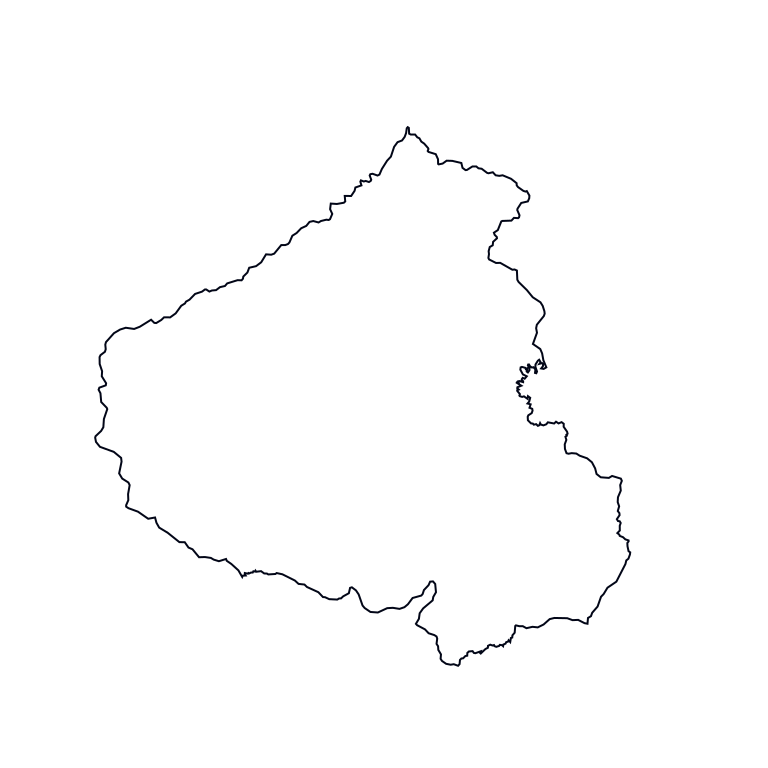 Thung Chang, Nan, Thailand, rotated 15°
{"feature_id": "78962969B15263035639364", "entity_name": "Thung Chang", "entity_type": "district", "adm_level": 2, "iso_a3": "THA", "parent_name": "Thailand", "parent_adm1": "Nan", "projection": "orthographic", "projection_center": [100.958, 19.488], "detail": "fine", "context": "isolated", "style": "outline", "palette": "ink", "viewbox_px": 768, "rotation_deg": 15, "n_neighbors": 0, "source": "geoboundaries", "source_scale": "gbopen_adm2", "svg_char_len": 6165}
<svg xmlns="http://www.w3.org/2000/svg" viewBox="0 0 768 768"><g transform="rotate(15 384 384)"><path d="M472.0,160.7L470.9,161.5L468.7,161.4L462.5,159.1L460.8,157.8L460.1,155.7L453.6,152.9L444.6,151.7L441.5,153.1L437.8,153.5L434.3,151.3L430.4,153.4L429.0,153.4L422.6,150.8L419.4,151.2L416.9,150.0L413.1,151.0L408.7,155.8L407.4,156.3L403.9,154.9L401.5,150.5L392.2,150.8L386.7,152.1L383.6,155.9L380.0,157.7L379.3,157.4L378.0,152.9L374.5,148.6L366.9,148.3L365.9,147.6L366.1,145.5L365.5,144.7L360.6,141.4L357.3,140.2L354.6,137.5L352.3,137.1L349.5,135.0L345.2,136.1L343.5,135.7L341.7,130.2L340.4,129.8L339.8,131.1L340.4,135.9L340.0,140.0L338.4,144.1L334.5,146.9L332.4,152.3L331.8,162.6L329.2,167.5L326.3,176.8L325.4,182.9L323.8,184.3L318.5,183.9L316.5,184.9L316.2,186.3L318.8,190.0L318.6,191.3L317.2,192.8L313.8,192.6L312.1,193.6L309.0,193.3L308.8,194.7L310.8,198.0L305.5,201.6L305.6,205.0L303.6,210.9L297.4,212.5L299.3,217.7L298.3,219.3L291.9,222.3L285.9,223.5L286.7,229.1L290.0,233.1L289.2,238.8L288.1,239.9L285.8,240.2L280.9,242.9L279.0,244.9L273.5,244.9L270.1,246.7L268.0,251.4L263.7,255.0L260.5,260.8L257.1,264.5L256.0,271.8L255.0,273.7L252.6,275.4L248.8,276.4L244.2,286.5L241.6,288.3L236.5,289.3L233.9,298.2L229.9,303.3L223.7,306.6L223.2,311.7L220.3,316.6L220.5,318.8L219.6,320.7L215.7,321.6L206.5,327.4L205.0,330.5L200.5,332.9L197.5,336.8L193.6,338.2L191.4,339.9L187.8,338.7L186.6,339.0L184.3,341.9L178.2,345.9L174.3,352.9L171.4,355.7L170.9,357.7L167.9,360.9L164.5,369.7L160.2,375.0L154.3,376.5L152.3,379.8L148.2,384.1L146.3,384.4L142.4,382.2L133.3,391.9L128.4,395.5L120.0,396.5L115.0,399.7L110.0,404.8L104.6,415.5L104.6,418.1L106.2,422.4L106.1,425.1L102.7,429.5L102.3,431.6L104.2,438.3L108.4,444.6L109.4,449.6L115.4,455.2L115.6,457.3L110.0,461.2L109.8,463.4L112.5,466.3L115.5,474.6L122.3,478.7L123.2,479.9L122.5,490.3L124.1,498.4L122.9,502.6L118.9,509.1L118.9,510.6L120.8,514.5L125.9,518.2L140.6,519.5L149.2,523.4L150.6,526.9L151.3,538.9L155.6,543.1L162.6,545.3L164.5,547.5L165.3,556.6L167.1,562.4L166.3,567.8L166.7,569.2L169.3,570.1L179.4,571.0L191.1,575.2L197.4,572.2L200.1,576.9L204.0,580.9L213.6,583.7L227.3,589.7L232.5,588.4L237.5,592.6L241.8,593.2L250.2,599.2L255.8,597.5L261.8,596.8L264.9,597.7L270.4,597.9L276.7,593.9L277.9,595.5L283.0,597.3L291.6,601.7L297.0,607.1L297.2,605.7L299.9,604.8L298.7,603.7L298.5,602.6L301.2,602.5L301.9,601.7L302.5,602.1L304.4,600.5L306.0,600.1L306.3,598.7L308.1,598.5L308.2,597.6L309.2,598.4L313.7,596.6L317.3,598.0L320.0,597.4L321.5,597.9L328.3,595.6L329.2,594.4L335.1,594.1L348.8,596.9L353.2,599.2L359.1,598.3L362.1,600.0L374.5,602.1L380.2,605.6L382.2,605.2L386.8,606.0L394.7,604.3L396.1,602.8L398.0,602.2L399.5,599.7L404.2,595.2L404.0,589.7L405.6,588.7L410.3,590.6L414.0,593.8L420.6,603.5L423.3,605.4L429.9,607.7L437.2,606.3L445.1,599.7L450.5,597.9L457.2,597.2L461.5,594.3L464.1,590.6L467.0,583.3L474.8,578.7L475.7,576.8L475.9,572.7L479.1,566.8L479.7,563.0L482.4,562.0L485.2,563.9L488.1,571.7L486.7,576.9L487.0,580.4L479.9,590.6L477.8,596.2L478.5,601.8L476.9,607.4L478.4,608.4L487.1,610.4L491.6,613.2L497.6,613.5L500.1,614.3L501.3,616.2L502.0,621.4L504.1,623.3L505.3,626.8L509.0,630.4L509.8,634.8L511.7,636.5L516.4,638.2L521.1,637.9L523.9,636.6L528.5,637.0L529.5,635.0L528.8,630.9L529.8,629.1L531.4,628.5L533.0,625.7L534.7,624.9L534.1,622.2L535.2,620.4L538.7,619.1L540.4,620.5L541.9,620.4L546.4,617.3L546.1,618.7L547.2,619.3L550.6,613.7L552.6,611.9L552.2,610.0L554.1,608.3L556.5,608.5L557.8,607.7L558.5,608.6L560.5,608.8L563.0,607.2L563.4,606.0L565.6,605.7L566.9,606.4L566.8,604.7L568.6,603.3L568.8,601.8L570.5,600.7L570.7,599.3L572.7,600.6L572.3,596.5L573.5,595.7L573.1,593.5L574.6,590.4L573.4,583.8L573.9,583.0L577.6,582.9L580.7,582.0L584.8,583.0L590.3,580.1L595.5,579.3L600.4,575.0L604.9,568.2L609.1,565.9L621.6,562.8L627.2,563.3L632.6,561.6L639.6,563.1L642.6,562.9L641.6,557.2L644.0,554.7L644.3,551.1L647.9,543.7L648.7,533.3L650.5,530.1L652.6,522.9L659.6,514.8L663.8,495.4L663.7,491.7L665.3,489.5L665.7,485.1L665.4,482.9L663.5,482.2L661.2,477.7L660.2,474.6L661.0,472.7L660.7,471.8L657.3,471.6L654.5,470.1L651.0,469.7L650.3,468.6L648.0,467.6L649.7,464.5L648.4,459.9L648.6,457.0L647.2,455.6L645.5,455.8L643.9,454.3L645.5,449.7L644.8,447.8L642.7,446.2L642.8,441.3L640.3,437.6L639.3,432.8L640.3,425.7L638.3,420.5L638.8,416.0L637.3,414.1L628.1,413.8L625.5,416.5L617.5,418.0L612.6,415.9L609.8,410.9L605.1,405.8L599.4,403.2L591.5,402.6L587.8,401.4L583.2,402.2L580.3,403.6L578.2,403.6L575.6,399.9L574.2,395.5L574.6,390.8L572.9,388.0L574.0,386.6L573.3,385.9L574.2,384.5L573.2,382.7L568.6,378.8L567.9,375.9L565.4,374.9L562.8,376.9L559.9,375.9L558.6,378.1L552.2,378.6L551.2,380.9L548.7,382.7L546.0,382.6L544.9,381.4L544.7,383.6L543.5,384.6L541.4,383.4L539.2,384.5L538.0,383.7L536.2,384.0L532.4,381.8L531.3,378.5L531.5,376.9L534.2,373.9L534.4,371.3L533.6,369.6L530.7,369.3L530.9,365.7L527.7,365.7L528.8,363.4L528.8,359.5L526.2,358.5L526.5,361.2L522.4,359.7L520.8,360.7L518.4,360.6L517.8,360.2L517.9,358.6L514.4,356.1L514.3,355.4L515.6,354.5L513.8,353.6L513.7,352.6L517.1,350.1L511.1,348.2L513.6,347.7L512.9,346.7L514.0,346.1L517.9,346.2L517.7,345.3L516.0,344.7L515.9,343.6L516.4,342.2L518.5,342.5L519.9,339.6L515.7,338.8L512.0,334.9L511.7,332.6L512.8,331.8L516.4,331.8L517.1,332.9L518.5,331.6L518.6,335.0L520.0,335.6L520.9,333.2L520.5,331.0L518.2,328.9L518.2,327.9L519.0,327.6L520.5,329.1L522.7,329.8L524.0,329.1L526.5,330.8L527.0,334.2L528.3,334.2L528.6,332.4L525.8,328.2L525.3,325.9L526.6,321.7L527.6,320.4L529.6,322.4L528.9,324.3L531.4,322.9L532.6,323.7L532.9,325.7L531.8,328.3L534.3,328.1L536.5,325.9L531.8,319.8L528.8,313.5L525.9,309.8L517.5,306.8L518.5,294.9L516.5,290.7L516.3,287.2L520.8,277.0L521.0,274.5L520.1,272.2L517.1,267.5L514.0,264.6L505.2,261.7L497.7,256.3L487.6,250.6L485.8,248.8L483.0,240.0L480.5,239.6L478.4,240.4L464.9,236.9L460.9,238.1L453.3,236.5L452.2,235.2L451.8,231.4L450.7,228.6L450.7,224.3L453.1,221.9L452.6,218.4L455.4,214.0L454.9,212.8L452.3,211.3L451.0,209.4L454.1,205.9L455.2,196.7L456.0,195.9L464.8,193.2L466.5,189.9L470.6,189.1L471.3,188.1L471.2,185.9L467.7,181.5L467.6,180.1L469.7,173.6L475.7,170.4L476.2,167.0L475.7,164.4L472.0,160.7Z" fill="none" stroke="#020617" stroke-width="2"/></g></svg>